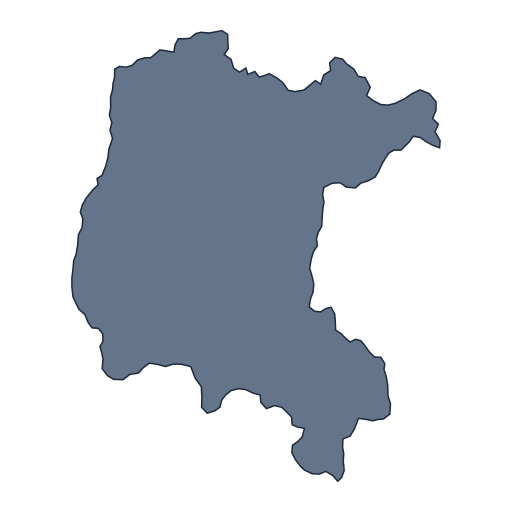 Virgolândia, Minas Gerais, Brazil
{"feature_id": "56859067B35408041837441", "entity_name": "Virgolândia", "entity_type": "district", "adm_level": 2, "iso_a3": "BRA", "parent_name": "Brazil", "parent_adm1": "Minas Gerais", "projection": "natural_earth1", "projection_center": [-42.302, -18.462], "detail": "fine", "context": "isolated", "style": "filled", "palette": "slate", "viewbox_px": 512, "rotation_deg": 0, "n_neighbors": 0, "source": "geoboundaries", "source_scale": "gbopen_adm2", "svg_char_len": 2785}
<svg xmlns="http://www.w3.org/2000/svg" viewBox="0 0 512 512"><path d="M389.8,414.1L390.5,403.8L388.0,395.9L387.7,385.1L386.2,376.3L384.0,369.5L384.8,363.6L380.9,357.3L374.2,356.9L369.1,351.6L364.7,345.4L360.7,340.6L355.7,339.3L350.1,342.0L345.4,338.1L340.8,333.4L335.6,330.1L335.3,321.4L334.7,313.9L331.0,307.2L326.0,308.5L320.6,311.9L314.5,311.2L309.2,306.9L310.4,299.2L313.1,292.0L313.8,284.2L312.3,277.2L309.7,268.2L311.2,259.3L313.4,251.9L317.4,245.7L316.5,238.5L318.4,232.1L321.8,226.2L322.1,218.0L322.9,208.7L324.0,202.3L322.7,194.7L323.8,187.5L332.2,183.2L340.1,182.8L346.7,187.2L355.5,187.9L360.8,183.2L368.7,180.6L375.3,176.9L378.7,171.2L381.8,164.4L385.2,158.5L388.8,153.1L393.9,150.1L400.9,150.1L405.1,146.1L409.3,141.8L413.2,136.3L420.2,137.5L426.0,141.6L432.6,145.2L439.6,147.8L440.1,140.6L435.0,131.9L438.4,124.1L432.5,118.6L436.0,110.4L436.0,101.7L429.2,93.6L420.2,89.9L412.0,93.6L404.5,98.9L395.0,103.4L388.0,105.1L380.7,104.5L373.1,100.5L366.6,95.6L370.3,87.3L365.2,77.6L358.2,76.4L353.8,69.0L346.4,63.7L342.6,59.1L335.1,57.4L329.7,62.8L330.5,70.7L323.8,74.9L320.6,84.3L315.4,80.6L310.0,85.0L303.8,90.1L295.0,91.6L288.2,90.3L282.9,82.7L277.0,78.0L269.2,73.6L264.3,75.7L259.0,77.0L254.9,71.5L247.8,74.4L245.9,68.0L239.5,72.1L233.6,68.1L231.1,59.5L224.2,54.4L228.2,48.9L227.9,42.3L227.6,34.3L222.0,30.7L215.9,31.8L209.1,33.0L200.9,32.3L195.5,33.7L190.0,38.3L184.2,38.7L178.3,38.7L175.0,44.9L173.9,52.2L166.3,50.8L159.8,49.9L155.4,53.9L150.6,57.8L144.9,57.8L137.6,59.9L132.0,65.4L125.9,67.3L119.5,66.4L114.7,69.1L114.5,77.4L113.0,83.6L112.5,89.9L110.5,97.1L110.7,107.2L109.4,115.3L111.8,122.6L110.0,130.2L112.5,138.5L108.9,149.1L107.9,157.7L105.7,166.1L102.1,175.2L97.0,178.6L98.2,184.8L92.8,189.8L86.4,197.8L82.3,205.0L80.3,212.2L82.8,218.5L82.1,227.6L78.5,234.4L77.5,246.1L76.0,254.6L73.7,260.6L73.0,268.8L71.9,278.1L71.9,287.4L73.0,296.9L75.8,303.0L78.9,309.2L85.0,314.8L88.1,322.5L92.1,327.9L98.4,328.4L102.7,333.8L102.9,341.3L99.9,346.6L101.6,352.2L103.0,359.2L102.2,368.7L107.5,375.7L113.8,379.4L123.1,379.7L129.9,374.4L138.3,373.1L143.6,367.4L149.5,363.2L156.7,364.2L165.7,366.5L172.7,364.2L180.3,364.1L190.7,366.5L195.2,378.1L201.3,386.7L201.9,397.2L201.6,407.3L207.2,413.2L214.7,410.9L219.9,407.3L221.7,400.2L225.7,394.9L231.1,390.6L238.5,388.7L245.8,389.6L252.8,393.0L260.1,395.0L260.8,402.3L266.4,408.6L274.7,405.6L281.8,407.3L287.1,412.4L291.6,417.1L292.1,424.7L297.2,427.0L304.4,428.4L302.2,436.9L298.2,441.2L292.5,445.2L291.8,452.5L295.5,459.8L300.5,466.3L304.5,470.1L312.0,473.7L319.3,474.1L325.8,471.4L333.0,475.7L337.8,481.3L341.7,477.3L344.2,470.5L343.3,461.4L343.7,453.6L342.6,446.9L342.9,439.0L350.1,436.0L354.4,429.1L358.5,418.4L366.2,419.4L372.8,420.8L378.1,419.4L383.5,419.0L389.8,414.1Z" fill="#64748b" stroke="#1e293b" stroke-width="1.5"/></svg>